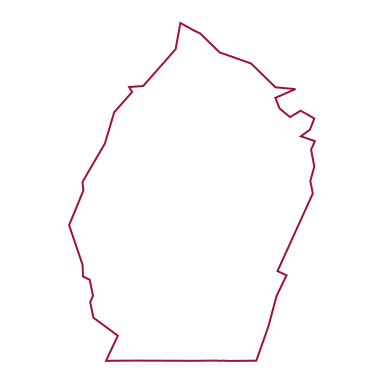 Bradley, Tennessee, United States of America
{"feature_id": "52423323B55415638355986", "entity_name": "Bradley", "entity_type": "district", "adm_level": 2, "iso_a3": "USA", "parent_name": "United States of America", "parent_adm1": "Tennessee", "projection": "orthographic", "projection_center": [-84.846, 35.173], "detail": "fine", "context": "isolated", "style": "outline", "palette": "rose", "viewbox_px": 384, "rotation_deg": 0, "n_neighbors": 0, "source": "geoboundaries", "source_scale": "gbopen_adm2", "svg_char_len": 766}
<svg xmlns="http://www.w3.org/2000/svg" viewBox="0 0 384 384"><path d="M230.4,360.9L231.4,361.0L232.2,360.9L256.3,360.7L268.4,326.4L276.6,295.9L286.5,275.3L277.5,271.1L312.8,193.5L310.3,180.9L314.3,166.6L311.1,149.6L314.9,141.1L300.9,136.3L310.0,129.6L314.3,118.5L300.6,110.7L290.0,117.1L279.6,108.5L275.4,97.8L295.4,89.1L275.4,87.3L251.1,63.5L219.6,52.4L200.1,33.4L193.3,30.2L180.4,23.0L175.6,49.2L143.2,86.0L129.1,87.0L132.1,92.0L114.2,112.3L104.9,143.5L82.5,181.9L83.4,190.5L69.1,225.2L82.6,264.9L83.0,276.5L89.7,279.7L93.0,295.8L90.2,302.0L93.4,317.7L117.8,335.7L106.0,360.8L121.9,360.7L130.3,360.7L134.1,360.6L192.4,360.8L194.9,360.8L214.5,360.6L220.3,360.8L223.0,360.6L225.4,360.8L230.2,360.9L230.4,360.9Z" fill="none" stroke="#9f1239" stroke-width="2"/></svg>